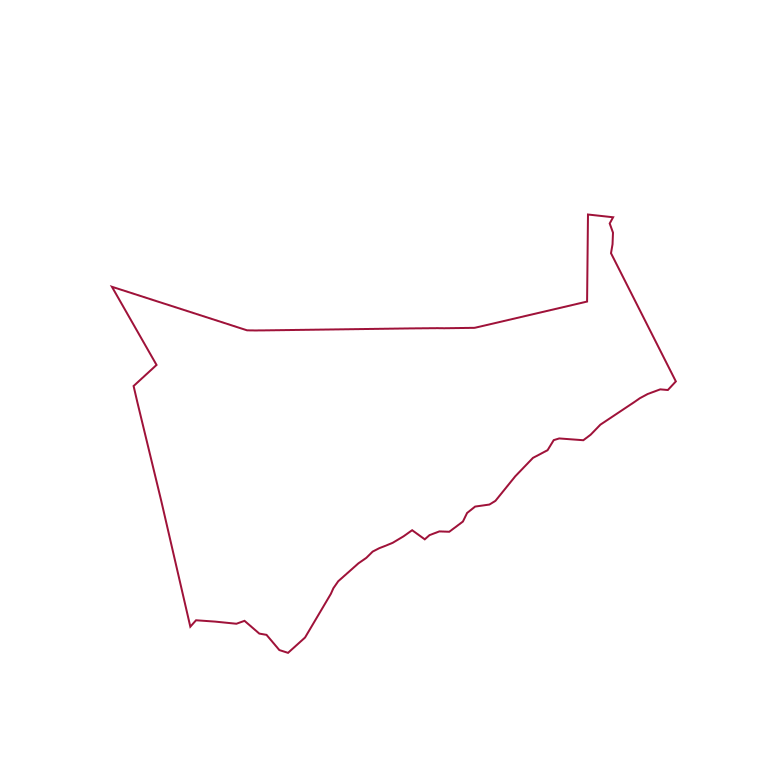 the district of Livramento, Paraíba, Brazil, rotated 335°
{"feature_id": "56859067B46925638575127", "entity_name": "Livramento", "entity_type": "district", "adm_level": 2, "iso_a3": "BRA", "parent_name": "Brazil", "parent_adm1": "Paraíba", "projection": "equal_earth", "projection_center": [-36.91, -7.327], "detail": "fine", "context": "isolated", "style": "outline", "palette": "rose", "viewbox_px": 768, "rotation_deg": 335, "n_neighbors": 0, "source": "geoboundaries", "source_scale": "gbopen_adm2", "svg_char_len": 946}
<svg xmlns="http://www.w3.org/2000/svg" viewBox="0 0 768 768"><g transform="rotate(335 384 384)"><path d="M105.9,522.1L113.8,518.7L130.4,527.9L148.9,538.9L157.5,539.7L165.5,557.5L171.5,561.7L176.7,580.9L183.4,587.1L205.3,580.4L247.2,551.7L251.8,547.7L259.2,543.4L285.1,535.7L294.5,534.1L302.9,531.1L310.4,530.8L316.2,531.2L324.8,531.6L337.4,530.3L347.7,528.4L355.3,542.0L361.4,540.2L371.9,541.0L380.7,545.5L397.4,542.0L404.8,536.0L414.8,533.6L428.6,537.8L435.6,537.0L464.0,523.1L487.8,513.9L504.3,513.1L514.1,506.6L519.8,507.4L540.9,519.2L549.8,517.3L555.6,515.1L562.9,512.3L603.6,506.1L609.9,505.0L618.8,504.5L632.1,505.6L638.7,509.4L649.6,505.0L645.0,361.4L650.2,353.9L655.5,343.6L656.4,333.9L662.1,329.7L640.5,316.6L602.9,395.1L489.9,371.4L462.1,358.9L456.1,356.0L431.7,344.9L295.7,283.7L289.4,280.8L282.6,277.5L178.5,180.9L185.9,270.6L156.2,280.0L152.8,296.1L132.7,395.9L105.9,522.1Z" fill="none" stroke="#9f1239" stroke-width="2"/></g></svg>